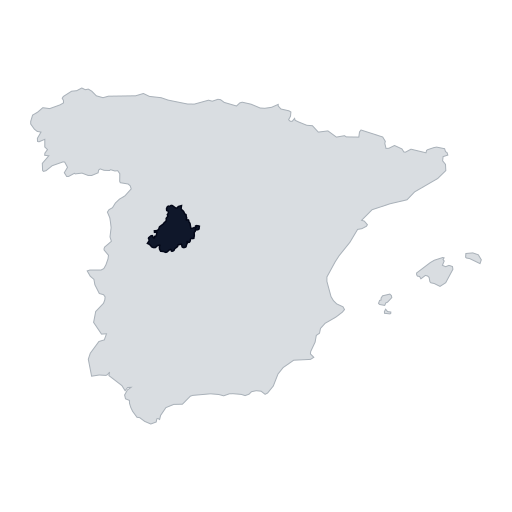 where Ávila sits in Spain
{"feature_id": "ESP-5806", "entity_name": "Ávila", "entity_type": "Autonomous Community", "adm_level": 1, "iso_a3": "ESP", "parent_name": "Spain", "parent_adm1": "", "projection": "mercator", "projection_center": [-4.824, 40.625], "detail": "fine", "context": "in_parent", "style": "filled", "palette": "ink", "viewbox_px": 512, "rotation_deg": 0, "n_neighbors": 0, "source": "natural_earth", "source_scale": "10m", "svg_char_len": 6660}
<svg xmlns="http://www.w3.org/2000/svg" viewBox="0 0 512 512"><path d="M278.2,104.4L278.2,106.0L280.9,109.0L288.9,110.8L290.9,112.0L290.5,116.2L288.6,119.7L290.3,121.3L292.2,121.3L294.6,118.4L295.1,120.3L298.7,122.0L306.8,125.3L312.4,125.7L318.3,132.1L327.9,130.9L336.4,137.1L344.5,135.7L346.3,136.9L358.8,137.1L359.5,132.0L361.0,130.0L382.7,137.0L385.3,141.3L384.8,143.4L386.0,148.4L388.8,148.3L394.5,145.5L401.9,148.9L403.9,152.0L405.4,152.2L411.0,149.2L426.0,152.8L426.6,150.4L427.6,149.7L433.9,147.6L436.6,147.1L444.6,148.7L445.5,151.6L447.1,152.7L447.8,155.1L443.1,156.6L442.6,160.8L445.5,164.4L445.8,170.6L437.7,178.5L414.6,191.9L407.0,199.8L389.9,203.8L372.1,209.7L361.6,220.3L364.3,221.1L367.4,224.7L366.4,226.3L361.8,228.7L357.6,229.4L349.9,242.3L339.2,255.6L335.3,261.6L326.9,277.0L326.9,281.4L331.0,296.6L333.4,300.6L336.7,303.9L343.0,306.8L344.5,309.6L342.3,312.2L336.0,317.0L325.1,323.3L320.5,328.4L319.5,333.2L316.3,335.4L315.1,342.1L310.7,351.5L310.4,353.9L313.8,357.3L310.5,359.4L293.7,360.2L283.2,367.5L278.0,374.0L273.3,386.0L267.6,393.0L265.1,394.3L261.1,391.2L256.2,390.7L251.5,391.7L249.0,394.2L245.1,395.6L241.3,394.4L233.1,393.7L229.4,393.8L223.7,395.8L218.8,394.5L210.5,393.8L192.6,395.4L190.3,396.2L182.4,404.2L173.7,404.4L165.9,407.6L160.6,415.4L159.6,419.5L158.0,418.5L156.8,418.9L156.2,422.0L150.8,424.0L144.7,421.4L139.6,417.6L137.0,417.3L132.6,411.3L130.8,407.5L129.5,403.3L129.4,400.4L125.5,398.8L124.6,395.0L127.4,390.0L131.1,387.3L127.6,387.5L125.1,390.7L121.9,385.6L108.9,375.6L109.6,372.1L107.4,374.7L105.9,375.4L99.2,375.0L91.6,376.2L88.3,359.2L90.3,353.2L98.9,341.5L104.3,339.9L106.5,333.8L101.5,334.1L93.6,322.4L95.7,311.5L103.5,303.3L104.8,299.9L105.1,296.9L103.6,294.7L99.3,293.5L94.9,284.8L93.9,279.3L90.3,276.3L87.2,270.9L90.0,270.0L101.1,270.0L103.8,268.6L105.9,264.9L108.0,258.9L108.5,255.3L104.1,250.0L104.0,248.9L104.6,247.1L111.4,241.3L110.0,236.9L111.1,227.7L110.5,222.3L109.8,217.8L107.4,212.1L109.0,209.7L112.5,207.7L115.4,203.0L119.5,199.1L124.9,195.9L131.2,188.9L130.2,185.8L128.1,184.0L120.3,182.7L119.7,181.3L119.8,173.7L117.7,170.7L114.9,171.0L110.6,169.7L109.5,170.5L104.0,170.3L100.2,168.9L98.6,170.1L98.1,172.8L91.6,175.5L88.0,175.4L82.0,173.1L75.2,173.9L74.4,173.3L68.7,176.4L66.7,176.5L64.3,172.7L67.5,167.3L64.7,162.1L63.0,161.9L52.2,165.7L46.0,170.7L43.5,171.4L42.6,170.5L42.3,163.4L48.8,155.8L44.7,155.3L44.9,153.1L47.5,149.6L44.8,147.0L44.8,139.3L39.0,141.8L37.5,141.4L37.4,138.3L41.0,132.1L37.2,131.4L34.3,129.1L30.7,124.0L30.7,121.4L32.6,115.1L37.7,112.1L42.8,107.7L49.7,108.6L60.0,104.9L63.5,102.9L63.4,100.3L62.2,98.3L63.3,96.5L71.6,91.2L76.7,90.7L81.8,88.0L85.3,89.7L88.3,89.1L91.8,91.2L96.3,95.8L103.0,97.7L108.4,96.2L135.6,95.8L143.4,93.5L149.4,96.4L161.1,97.7L168.1,100.1L187.4,104.0L194.4,104.1L208.5,100.2L212.3,101.2L217.9,99.3L220.6,99.7L224.2,102.4L236.5,106.0L239.8,102.9L242.2,102.2L251.1,104.2L260.1,108.0L264.8,108.3L271.6,107.3L278.2,104.4ZM442.4,265.3L445.6,266.7L448.9,265.4L450.7,265.9L452.5,266.6L452.9,269.3L445.7,282.7L440.0,286.4L434.2,283.5L430.9,282.8L429.9,281.7L429.1,277.4L427.6,276.0L425.4,275.4L420.9,278.8L419.6,276.5L417.4,276.1L416.6,274.7L416.6,273.0L430.4,262.5L434.4,260.2L442.8,257.5L444.1,257.9L443.0,259.5L444.2,261.0L442.4,265.3ZM481.3,259.8L480.0,263.6L469.7,258.6L466.4,258.0L465.6,257.2L465.9,253.5L472.8,252.9L478.3,254.8L481.3,259.8ZM385.9,302.8L384.7,305.4L379.6,304.5L378.5,303.4L379.6,300.4L381.0,300.1L381.1,298.0L382.6,295.8L389.8,294.1L391.4,295.6L391.8,297.6L387.5,302.2L385.9,302.8ZM390.8,313.3L390.0,313.9L384.5,313.3L384.4,311.6L385.6,309.2L387.6,311.6L390.8,312.0L390.8,313.3Z" fill="#d9dde1" stroke="#a8b0b8" stroke-width="1"/><path d="M183.5,247.6L183.1,247.5L182.5,247.2L182.2,247.0L182.1,246.8L182.0,246.5L181.8,245.4L181.7,245.1L181.7,244.8L181.7,244.5L181.5,244.2L181.2,244.2L180.4,244.4L178.9,244.7L178.2,244.7L178.0,244.9L177.8,245.5L177.8,245.8L177.7,246.2L177.3,246.7L176.8,247.2L176.0,247.7L175.7,248.0L175.1,248.3L174.8,248.6L174.5,249.2L174.4,249.5L174.3,249.8L174.1,250.1L173.9,250.4L173.2,250.9L172.7,251.1L171.9,251.3L171.5,251.1L171.3,250.9L171.1,249.7L170.8,249.5L170.5,249.5L169.6,249.8L169.2,250.0L168.7,250.5L167.2,251.8L166.9,252.1L166.5,252.2L166.0,252.3L165.2,252.3L164.8,252.0L163.9,251.6L160.6,251.2L160.1,250.2L159.9,249.9L159.8,249.6L159.5,249.0L159.4,247.1L159.5,246.8L159.5,246.4L159.9,245.5L159.9,245.3L159.8,245.1L159.1,245.1L157.5,245.6L156.3,246.6L156.1,246.9L155.7,247.3L155.4,247.5L155.1,247.5L154.9,247.6L153.6,247.6L152.3,247.2L151.5,246.7L150.7,245.6L149.7,244.6L148.7,244.0L147.4,243.4L148.9,241.1L149.1,240.6L149.1,240.0L149.0,239.4L148.5,238.6L148.5,238.2L148.7,237.7L151.0,235.8L151.9,235.6L152.3,235.6L152.4,235.9L152.5,236.7L153.3,237.6L153.8,238.0L154.3,238.0L154.6,237.5L154.4,236.4L155.6,236.2L156.0,235.8L156.3,235.3L157.0,232.3L154.5,232.3L154.4,230.8L154.5,230.8L156.7,230.6L157.8,230.1L158.7,229.2L159.5,226.8L163.4,223.9L164.3,222.5L165.6,221.6L166.2,220.5L166.3,220.0L166.2,218.3L167.9,216.2L167.3,214.5L168.1,213.6L168.3,213.1L168.4,212.4L168.2,211.6L168.1,211.2L167.9,210.9L167.6,210.8L167.0,210.7L166.7,210.5L166.7,210.3L166.5,208.8L166.7,208.1L167.4,206.7L168.0,206.3L168.4,206.1L169.6,206.4L170.9,205.5L171.6,205.4L172.4,205.6L175.4,207.8L176.3,208.2L177.0,207.9L178.4,206.5L181.5,205.6L181.1,208.5L181.5,209.5L183.4,211.2L183.8,211.8L184.5,213.5L184.8,213.9L185.2,214.2L185.7,214.4L185.9,214.5L186.1,214.8L186.2,216.3L186.7,217.9L186.6,218.5L186.1,219.5L186.2,219.9L186.6,220.2L187.8,219.8L188.3,219.9L188.6,220.2L188.7,220.6L188.8,221.4L189.0,222.0L189.7,222.9L190.0,223.4L190.9,228.6L193.4,228.0L194.1,227.5L196.2,227.3L195.6,226.0L196.1,225.7L196.6,225.6L198.6,225.9L199.4,226.2L199.2,227.1L199.2,227.4L199.1,228.1L199.1,228.7L199.0,229.0L198.7,229.3L198.3,229.5L198.0,229.6L197.4,229.8L196.8,229.9L196.5,229.9L196.2,229.7L195.9,229.5L195.7,229.0L195.5,228.8L195.3,228.9L195.2,229.1L195.2,229.5L195.3,229.8L195.3,230.1L195.4,230.4L195.3,230.7L195.2,231.2L195.1,231.4L195.1,231.5L194.9,231.7L194.7,231.8L194.4,232.1L194.2,232.5L194.2,232.9L194.2,233.3L194.2,234.0L194.3,234.2L194.3,234.4L194.2,234.7L194.2,235.2L194.3,235.5L194.3,235.8L194.3,236.1L194.1,236.4L193.9,237.4L194.0,238.0L193.7,238.4L192.7,238.5L192.3,238.6L192.1,238.5L191.7,238.4L191.3,238.4L191.1,238.5L190.9,238.7L190.6,239.0L190.5,239.3L190.3,240.0L190.3,240.6L190.2,241.0L189.8,241.6L189.6,242.0L189.2,242.3L188.9,242.4L188.3,242.4L188.1,242.4L187.9,242.2L187.6,241.6L187.3,241.5L187.1,241.5L186.9,241.7L186.9,242.1L187.0,242.4L187.1,243.0L187.2,243.3L187.1,243.6L186.9,243.9L186.5,244.8L186.2,246.2L185.8,247.0L184.8,247.4L184.0,247.6L183.5,247.6Z" fill="#0f172a" stroke="#020617" stroke-width="1.5"/></svg>